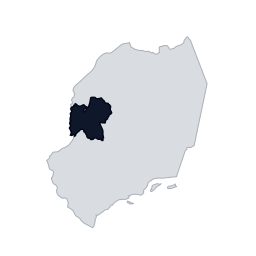 Mbeya highlighted on a map of United Republic of Tanzania, rotated 69°
{"feature_id": "TZA-3335", "entity_name": "Mbeya", "entity_type": "Region", "adm_level": 1, "iso_a3": "TZA", "parent_name": "United Republic of Tanzania", "parent_adm1": "", "projection": "natural_earth1", "projection_center": [33.421, -8.292], "detail": "fine", "context": "in_parent", "style": "filled", "palette": "ink", "viewbox_px": 256, "rotation_deg": 69, "n_neighbors": 0, "source": "natural_earth", "source_scale": "10m", "svg_char_len": 6397}
<svg xmlns="http://www.w3.org/2000/svg" viewBox="0 0 256 256"><g transform="rotate(69 128 128)"><path d="M99.7,179.1L97.3,177.7L95.2,176.8L93.4,175.8L92.7,174.9L91.0,174.5L89.6,174.4L88.3,173.5L85.6,173.2L85.3,172.6L85.2,171.3L84.8,171.0L83.8,170.6L82.7,170.6L82.1,170.8L81.7,170.7L80.8,170.0L80.0,169.0L79.7,167.5L78.5,166.5L77.0,165.7L73.1,165.8L72.5,165.5L71.5,164.7L70.4,163.5L69.5,162.0L68.8,160.0L67.9,157.3L63.4,146.5L62.9,144.4L62.0,142.2L60.6,139.4L59.0,137.3L57.0,135.5L54.6,133.6L53.3,132.3L50.9,127.3L50.3,124.9L50.0,122.4L50.1,121.4L51.6,118.2L51.8,117.4L51.6,116.2L50.9,113.6L49.9,110.6L48.0,105.0L47.7,103.6L47.7,102.5L48.8,96.8L48.8,96.0L53.4,96.1L56.7,93.6L59.6,89.9L60.1,88.4L61.3,86.0L62.5,84.8L62.9,84.0L63.6,81.6L65.1,80.0L66.6,78.8L66.3,77.9L66.5,77.6L67.3,76.9L68.9,76.4L69.2,75.1L69.2,73.7L68.9,72.9L68.9,72.0L68.7,71.5L67.7,71.4L66.2,70.7L64.9,70.4L64.0,70.0L63.7,69.7L63.5,68.8L64.3,66.6L63.6,65.8L65.1,62.1L65.4,61.7L66.0,61.7L66.9,61.3L67.8,61.1L68.4,61.2L69.0,61.1L69.4,60.7L69.8,59.5L70.1,57.4L69.9,55.7L69.3,54.5L69.1,52.5L69.4,49.9L69.2,47.7L68.4,45.9L67.7,44.9L66.5,44.4L64.8,41.8L64.2,40.5L64.3,39.7L64.9,39.3L66.1,39.4L67.1,39.1L68.1,38.4L69.1,38.2L69.6,38.3L115.0,38.3L168.0,72.5L168.2,72.9L168.6,75.9L168.6,76.9L167.7,78.6L167.5,79.5L167.5,80.1L167.7,80.3L168.4,80.4L169.0,80.8L169.2,81.1L169.6,82.4L170.2,83.1L190.3,99.8L190.8,100.1L190.5,101.5L189.4,104.9L189.3,106.3L188.8,108.0L188.4,109.1L187.2,113.9L186.3,115.7L184.9,120.0L184.7,123.2L185.4,125.4L185.7,127.6L187.2,129.6L188.5,130.4L189.3,131.3L190.8,133.5L191.6,135.7L194.3,136.7L195.4,139.2L195.0,140.8L193.7,142.2L192.6,144.5L191.6,147.4L191.6,152.0L192.2,151.3L193.6,152.4L193.8,155.7L192.3,159.6L191.9,161.4L191.8,163.0L192.8,167.6L194.4,170.0L194.3,170.7L193.9,171.3L196.6,175.5L196.3,179.1L197.4,182.0L197.8,184.4L198.5,186.3L198.6,187.6L197.7,189.0L199.7,189.4L200.9,190.6L201.4,191.7L202.9,191.7L203.7,192.4L204.8,193.1L207.3,195.0L207.9,195.9L208.3,196.8L201.5,202.8L199.0,204.3L197.2,205.0L195.3,205.4L193.5,206.4L191.8,207.9L189.7,208.6L187.0,208.6L184.2,209.6L179.9,212.7L177.3,211.0L175.3,210.5L173.0,210.5L171.6,210.7L171.1,211.1L170.7,212.2L170.3,213.9L168.8,215.5L166.2,217.1L163.7,217.7L161.5,217.3L160.0,216.7L159.2,215.7L158.1,215.3L156.6,215.4L155.1,216.0L153.7,217.3L151.5,217.8L148.4,217.7L146.8,217.1L146.5,216.0L145.2,214.8L142.7,213.4L140.9,213.4L139.8,214.7L138.7,215.6L137.7,215.9L136.9,215.9L135.6,215.6L132.3,215.4L129.0,215.5L128.7,213.6L128.1,212.4L127.5,211.7L126.4,211.5L126.1,211.0L125.7,209.8L125.2,208.8L124.4,207.9L124.0,207.2L123.8,206.4L124.0,205.6L124.6,203.7L124.9,202.3L124.8,200.9L124.4,199.5L123.7,197.8L123.7,197.4L123.5,196.2L123.5,195.4L123.6,194.4L123.5,193.1L122.8,190.3L122.8,189.5L122.1,188.2L120.0,185.0L119.9,184.5L116.5,181.3L115.2,180.6L114.7,181.2L114.5,181.7L114.7,182.8L114.6,183.3L114.4,183.5L113.7,183.5L113.2,183.4L111.9,182.5L110.9,182.3L108.4,182.5L107.6,182.7L106.9,182.5L105.6,181.0L104.1,180.7L102.7,180.6L100.5,178.9L99.7,179.1ZM194.7,124.9L195.8,128.5L195.6,129.2L194.9,129.6L194.5,129.6L194.0,129.0L193.6,127.8L193.0,128.1L192.0,126.7L191.0,126.6L190.2,124.9L190.5,123.4L190.3,120.8L191.4,119.5L192.0,117.3L192.7,118.8L192.9,121.2L193.8,123.9L194.7,124.9ZM200.1,103.7L200.2,104.5L199.9,105.3L200.0,107.9L199.9,109.5L199.1,111.9L198.4,112.7L197.8,112.4L197.3,112.1L196.9,111.4L197.7,107.2L197.3,104.0L198.9,104.3L200.1,103.7ZM197.7,155.1L196.9,155.4L196.6,155.1L196.1,154.4L197.0,153.8L197.8,152.7L199.7,151.0L200.5,149.6L200.4,151.0L199.3,153.8L198.4,154.0L197.7,155.1Z" fill="#d9dde1" stroke="#a8b0b8" stroke-width="1"/><path d="M116.4,180.8L115.9,180.5L115.4,180.3L115.2,180.5L114.7,181.1L114.5,181.5L114.7,182.2L114.7,182.5L114.6,183.0L114.6,183.3L114.6,183.6L114.4,183.7L114.2,183.9L114.2,184.0L114.0,184.3L113.8,184.2L113.7,183.8L113.3,183.5L112.9,183.2L112.6,183.1L112.2,182.8L111.8,182.3L111.4,182.1L111.0,182.2L110.6,182.5L110.2,182.5L109.8,182.4L109.4,182.3L108.9,182.2L108.6,182.4L108.2,182.6L107.8,182.7L107.2,182.7L106.9,182.6L106.7,182.4L106.5,182.1L106.2,181.5L106.0,181.2L105.2,180.5L104.9,180.4L104.6,180.6L104.4,180.7L104.0,180.5L103.8,180.5L103.7,180.6L103.5,180.8L103.3,180.8L102.9,180.6L102.5,180.5L102.3,180.5L101.5,179.7L100.7,178.8L100.5,178.7L100.2,178.7L99.9,178.8L99.7,179.1L99.5,178.9L98.4,178.5L97.7,178.0L97.6,177.9L97.4,178.0L97.3,177.9L97.2,177.8L97.1,177.6L97.1,177.4L96.9,177.2L96.7,177.1L95.7,177.0L94.4,176.7L93.9,176.6L93.7,176.5L93.5,176.1L93.2,175.3L93.1,175.1L92.5,174.7L91.9,174.5L90.1,174.6L89.8,174.5L89.5,174.4L89.2,174.2L88.7,173.5L88.5,173.4L88.4,172.3L88.5,172.1L88.8,172.1L88.6,171.4L88.0,170.8L87.7,170.6L87.4,170.2L87.7,169.8L87.2,169.1L86.5,168.6L86.9,168.0L88.6,167.2L89.5,166.6L90.6,165.0L90.6,163.2L90.4,162.3L90.4,161.3L91.0,160.6L91.8,160.5L93.6,159.1L94.0,159.3L94.1,159.6L94.0,160.1L94.2,160.6L94.3,161.1L94.3,161.5L95.5,163.3L96.1,163.4L96.7,163.3L97.2,163.4L97.1,162.3L93.8,157.2L93.1,156.4L90.4,154.3L86.5,152.0L86.3,151.4L86.7,150.0L87.3,148.6L87.8,147.7L89.2,147.1L89.8,145.9L90.3,144.0L90.3,142.3L93.6,141.0L94.4,140.5L95.4,140.5L96.4,140.3L96.7,140.0L97.7,138.3L97.8,137.9L98.2,137.7L98.8,137.8L99.3,137.4L99.7,137.0L100.1,136.9L101.4,136.5L102.5,136.9L103.5,137.7L104.7,138.0L107.8,137.8L108.3,138.2L108.6,138.8L108.8,139.6L108.9,140.6L109.3,141.2L109.9,141.5L110.4,142.1L110.7,142.8L111.0,143.2L111.2,143.5L112.1,143.8L112.2,144.2L112.3,144.7L112.6,145.4L112.6,146.0L112.8,146.2L113.1,146.3L113.7,146.8L114.4,147.1L114.8,147.4L115.0,147.7L114.8,148.2L114.5,148.6L114.1,149.7L113.8,150.3L113.4,150.9L113.1,151.5L113.0,152.2L113.2,152.7L113.7,152.8L120.5,152.4L121.2,152.5L123.3,153.0L123.9,153.5L124.5,153.7L128.4,154.4L128.5,154.9L128.5,155.4L128.9,155.4L129.6,155.4L130.2,155.6L130.6,156.1L130.3,156.7L129.6,157.2L128.8,157.5L128.5,158.0L128.0,159.4L127.6,160.1L127.1,160.6L126.5,160.8L125.9,161.4L125.5,162.1L125.2,162.8L125.5,163.5L125.8,164.0L126.0,164.6L125.8,165.7L125.5,166.7L125.1,167.0L124.7,166.9L124.1,167.2L123.7,167.5L123.3,168.4L122.8,169.0L122.1,169.3L121.4,169.4L120.0,169.1L118.5,169.5L117.7,169.6L116.9,169.5L116.1,169.8L116.0,170.3L115.6,170.5L114.5,170.0L113.7,170.2L113.1,170.8L112.3,172.4L112.4,173.2L112.9,173.8L113.2,174.5L113.5,175.3L113.2,175.5L113.1,175.8L113.6,175.9L113.7,176.2L113.8,176.7L114.1,177.2L114.9,178.7L115.3,179.4L115.6,179.6L115.9,179.6L116.4,180.3L116.4,180.8Z" fill="#0f172a" stroke="#020617" stroke-width="1.5"/></g></svg>